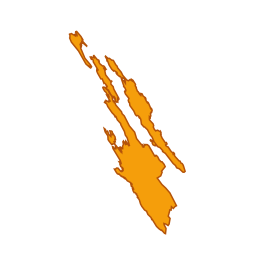 Ålesund nor, Møre og Romsdal, Norway (Robinson projection), rotated 62°
{"feature_id": "86288312B66983801026495", "entity_name": "Ålesund nor", "entity_type": "district", "adm_level": 2, "iso_a3": "NOR", "parent_name": "Norway", "parent_adm1": "Møre og Romsdal", "projection": "robinson", "projection_center": [6.304, 62.469], "detail": "fine", "context": "isolated", "style": "filled", "palette": "amber", "viewbox_px": 256, "rotation_deg": 62, "n_neighbors": 0, "source": "geoboundaries", "source_scale": "gbopen_adm2", "svg_char_len": 5947}
<svg xmlns="http://www.w3.org/2000/svg" viewBox="0 0 256 256"><g transform="rotate(62 128 128)"><path d="M139.0,150.9L153.0,150.1L155.0,150.5L153.9,151.0L154.3,151.3L153.9,151.7L156.3,151.5L156.9,151.8L156.6,152.2L158.7,152.5L159.6,151.9L161.6,152.3L161.1,151.5L162.5,151.5L161.7,151.7L163.3,152.3L163.6,153.8L162.8,153.8L162.7,154.8L158.7,155.7L158.0,156.9L158.4,158.3L157.9,159.3L161.1,159.2L163.3,158.9L164.3,158.2L164.3,157.6L167.6,156.6L167.5,156.2L170.4,154.9L169.6,154.7L170.6,154.0L174.3,153.4L177.2,151.5L179.3,150.8L179.7,151.0L178.4,151.7L181.1,152.4L182.0,151.7L184.2,151.7L184.5,151.8L183.7,152.5L185.9,153.0L188.0,152.9L188.3,152.2L190.3,151.4L190.5,151.9L192.4,151.4L193.1,152.0L193.9,151.8L193.8,152.2L196.6,151.7L201.0,152.6L203.7,152.6L208.1,151.9L210.2,150.7L213.7,151.0L217.8,149.7L219.9,150.0L219.9,149.5L228.4,149.0L231.7,147.9L234.0,146.7L234.0,146.2L238.1,145.2L238.9,144.5L234.6,141.6L230.4,141.5L229.2,141.1L230.7,139.6L232.9,138.4L232.1,136.8L227.6,133.3L224.8,133.9L219.9,129.4L220.7,128.5L217.9,126.6L220.3,125.8L219.4,123.3L219.4,121.7L205.0,121.5L198.7,122.9L193.8,124.6L185.9,125.7L185.6,121.5L183.0,118.6L181.9,118.7L179.6,113.3L176.9,113.2L173.8,113.8L173.4,114.6L170.8,115.4L167.5,115.3L165.6,115.8L165.2,116.3L165.7,117.0L165.3,117.6L153.4,118.0L151.7,118.8L150.9,120.2L151.2,120.3L151.1,121.2L150.3,121.5L152.0,122.6L152.3,123.0L151.9,123.7L149.8,123.3L149.9,123.7L149.1,123.5L148.4,124.1L141.4,125.4L134.8,124.1L126.9,125.8L115.6,125.6L112.6,126.5L110.6,126.1L102.0,128.0L98.6,127.5L98.8,128.1L97.5,127.9L97.5,128.5L94.7,128.1L94.5,127.6L91.6,127.4L88.5,128.1L86.1,127.9L80.9,129.7L80.2,130.7L80.4,131.2L81.5,131.4L84.5,131.3L86.0,130.7L89.0,130.6L89.5,129.8L91.3,130.1L89.6,131.3L95.8,131.2L95.7,131.7L94.9,132.0L96.0,132.8L93.4,134.5L93.9,134.8L93.7,135.3L95.2,135.4L93.8,135.8L94.3,136.7L96.8,135.5L99.6,135.8L107.2,134.9L109.8,134.1L111.9,134.1L111.6,133.6L112.2,133.3L115.8,133.6L120.6,132.4L121.8,132.8L129.4,132.8L133.1,133.7L136.2,133.3L144.1,135.0L144.0,135.6L138.4,136.1L139.4,137.1L140.3,137.1L141.1,136.4L140.9,136.9L141.6,137.1L141.5,137.9L137.3,138.1L137.8,139.0L140.2,139.7L141.7,141.4L143.4,142.2L142.4,142.9L143.6,142.9L143.5,143.4L142.8,144.0L141.1,144.3L141.1,145.1L145.7,144.5L146.4,144.9L143.2,145.2L144.5,145.7L138.1,146.8L138.4,147.7L141.3,148.5L140.3,148.6L140.0,149.5L138.1,149.7L137.2,150.4L139.0,150.9ZM193.4,99.3L193.1,97.9L186.8,96.7L184.8,96.9L183.8,97.7L181.7,97.6L180.9,98.4L175.3,99.8L173.2,99.9L173.1,99.3L172.2,99.0L171.1,99.4L171.7,100.3L170.7,100.1L169.3,100.9L163.5,101.5L163.0,102.1L161.2,102.9L160.4,102.6L160.5,101.1L160.3,101.0L158.8,101.0L158.6,102.0L152.9,102.6L149.2,102.3L149.2,101.8L147.9,101.5L147.8,101.1L146.3,100.9L146.5,101.2L143.8,102.9L143.8,103.8L143.3,104.4L143.5,104.9L141.8,105.4L139.0,105.2L137.9,104.2L136.1,103.9L131.1,105.2L130.3,105.0L128.1,103.8L129.3,103.5L128.3,102.9L128.1,102.2L125.5,101.3L124.9,100.2L125.4,100.2L125.2,99.7L123.7,98.4L121.9,98.8L122.1,98.2L120.1,98.6L115.4,98.2L114.6,98.4L114.9,99.0L112.1,99.2L109.7,99.0L110.2,98.5L109.4,98.4L107.1,99.6L104.3,99.6L103.1,101.1L104.5,100.6L105.2,101.3L102.2,101.5L104.1,101.4L104.0,101.9L100.6,102.0L100.0,102.4L96.5,102.0L96.1,101.6L94.2,101.8L93.0,100.9L88.3,101.2L87.0,101.9L88.4,102.2L86.2,103.5L86.5,105.4L85.2,106.5L79.1,107.9L75.5,107.8L70.1,108.9L68.2,108.6L66.5,109.1L61.8,109.2L61.0,109.5L60.7,110.4L57.8,111.7L57.1,113.0L54.0,114.1L54.3,114.5L58.5,114.4L59.0,114.7L58.4,114.9L59.0,115.1L59.7,114.6L63.6,115.1L68.4,114.8L70.9,114.0L70.7,113.4L73.6,111.7L74.5,111.8L74.2,112.6L75.5,112.5L78.6,111.3L78.5,110.9L79.1,110.5L80.9,110.4L81.4,109.8L81.2,109.2L82.5,108.2L85.4,108.4L87.2,109.3L84.3,109.6L83.3,110.5L81.4,110.3L81.3,110.7L89.1,112.0L89.4,112.4L90.9,111.9L93.6,112.1L94.5,113.0L94.0,113.6L94.5,113.4L94.0,113.7L94.2,113.9L96.7,114.3L102.3,113.3L103.7,114.8L105.5,115.2L106.2,114.8L109.1,115.8L115.7,114.9L119.7,115.2L121.3,114.7L121.4,113.8L122.0,113.3L124.0,112.7L124.1,113.3L126.1,112.6L130.8,114.3L134.5,113.5L134.8,112.9L138.7,111.6L144.4,111.6L147.5,111.0L152.5,111.5L149.0,113.5L149.3,114.1L150.6,113.9L151.8,112.9L152.6,113.7L154.5,113.8L156.1,112.8L156.6,111.9L154.7,111.1L158.4,110.5L160.5,108.9L164.4,108.0L165.0,108.5L168.0,106.9L180.6,104.8L183.4,103.7L186.0,103.7L188.2,101.8L192.7,100.3L193.4,99.3ZM64.5,119.9L62.5,120.0L61.5,120.7L61.4,121.3L58.1,122.7L55.8,122.7L55.6,122.1L54.3,122.0L53.2,123.0L47.4,124.2L50.0,125.0L48.0,127.0L47.6,128.0L50.9,128.1L48.8,127.6L51.8,126.9L53.3,127.6L62.7,127.2L62.8,127.8L61.6,128.0L62.9,128.8L65.3,129.1L71.9,128.9L72.6,127.7L76.8,128.2L76.6,127.9L77.5,127.9L77.2,127.8L78.4,127.3L81.5,126.8L82.0,126.9L79.9,127.3L82.0,127.5L82.3,128.2L81.9,128.2L82.0,128.5L82.9,128.7L85.4,127.5L90.0,127.5L94.4,126.6L95.2,125.9L92.8,125.8L94.8,125.4L96.5,125.5L96.3,126.1L98.6,126.2L99.4,126.0L99.2,125.8L100.4,124.9L97.4,123.4L98.5,123.1L98.2,122.4L97.2,122.2L87.1,122.3L84.5,121.7L81.4,122.5L79.8,121.8L79.2,120.4L78.9,120.4L79.2,121.3L70.6,122.8L65.5,121.3L66.1,120.6L65.9,120.2L65.1,120.4L64.6,121.3L63.6,121.4L63.4,120.6L64.5,119.9ZM25.0,126.6L18.6,128.0L18.4,128.9L18.9,129.4L22.1,129.3L22.5,129.7L20.6,130.2L20.4,131.0L21.8,131.3L18.0,133.7L17.9,135.4L17.1,135.6L18.9,135.7L21.3,137.1L20.6,137.2L25.6,137.7L36.9,135.5L51.8,135.1L55.9,133.5L55.0,133.3L56.5,132.1L57.2,132.2L56.8,131.4L54.6,131.5L46.2,133.3L35.3,132.3L33.8,131.6L34.5,131.4L31.9,131.1L31.7,130.6L33.7,130.6L33.1,130.1L31.0,130.1L30.8,129.3L32.3,129.0L30.4,128.4L36.3,126.1L36.0,125.8L30.3,127.3L28.8,127.0L29.3,126.7L28.9,126.4L25.0,126.6ZM123.9,143.7L123.1,143.9L122.0,145.4L126.0,146.2L127.4,147.1L124.4,148.0L121.5,147.5L120.9,147.8L121.1,148.8L120.0,149.1L118.7,148.6L117.3,149.2L120.7,150.0L125.5,149.5L128.8,151.0L130.1,151.0L134.8,150.2L135.2,149.2L134.9,148.9L135.5,147.4L137.5,147.3L133.6,146.7L134.2,145.7L131.8,145.0L131.5,144.6L131.9,144.3L129.6,143.6L125.9,143.9L126.2,144.6L123.9,143.7Z" fill="#f59e0b" stroke="#b45309" stroke-width="1.5"/></g></svg>